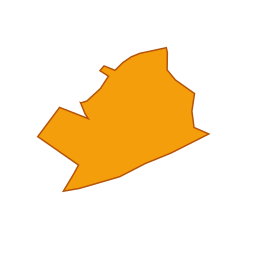 Gangseo-gu, Seoul, South Korea, rotated 123°
{"feature_id": "91817680B75936691302089", "entity_name": "Gangseo-gu", "entity_type": "district", "adm_level": 2, "iso_a3": "KOR", "parent_name": "South Korea", "parent_adm1": "Seoul", "projection": "mercator", "projection_center": [126.819, 37.555], "detail": "fine", "context": "isolated", "style": "filled", "palette": "amber", "viewbox_px": 256, "rotation_deg": 123, "n_neighbors": 0, "source": "geoboundaries", "source_scale": "gbopen_adm2", "svg_char_len": 532}
<svg xmlns="http://www.w3.org/2000/svg" viewBox="0 0 256 256"><g transform="rotate(123 128 128)"><path d="M62.9,91.0L61.9,114.4L58.0,126.8L43.3,136.1L39.8,139.6L58.8,158.6L66.5,164.0L75.8,167.9L86.7,170.3L89.0,181.9L95.2,182.7L95.2,172.6L101.4,172.6L110.0,172.6L127.8,177.2L132.5,181.1L132.6,181.6L139.4,171.8L141.8,166.4L148.0,196.6L184.4,199.0L186.0,149.3L196.1,148.5L216.2,147.8L205.4,136.1L173.3,108.4L148.4,94.2L125.4,78.2L89.0,57.0L91.6,72.9L79.2,83.5L62.9,91.0Z" fill="#f59e0b" stroke="#b45309" stroke-width="1.5"/></g></svg>